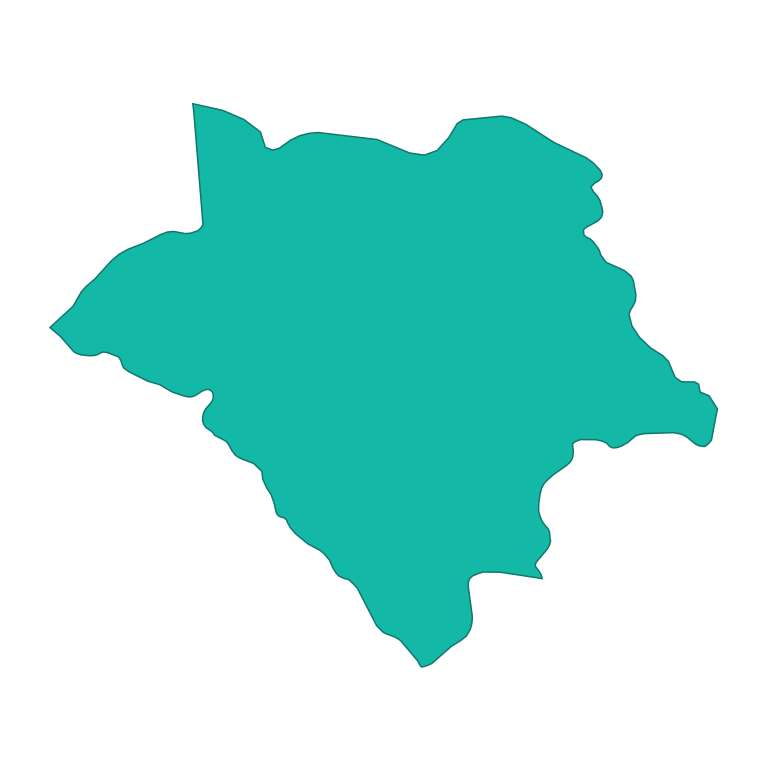 SVG path tracing the border of Kasungu, rotated 89°
{"feature_id": "MWI-1899", "entity_name": "Kasungu", "entity_type": "District", "adm_level": 1, "iso_a3": "MWI", "parent_name": "Malawi", "parent_adm1": "", "projection": "orthographic", "projection_center": [33.477, -13.001], "detail": "fine", "context": "isolated", "style": "filled", "palette": "teal", "viewbox_px": 768, "rotation_deg": 89, "n_neighbors": 0, "source": "natural_earth", "source_scale": "10m", "svg_char_len": 3125}
<svg xmlns="http://www.w3.org/2000/svg" viewBox="0 0 768 768"><g transform="rotate(89 384 384)"><path d="M318.7,137.8L330.2,135.1L342.0,127.6L352.6,116.8L360.7,104.6L366.6,99.1L382.4,92.8L387.0,86.5L387.4,73.4L389.7,69.4L397.6,68.0L401.4,59.2L414.9,51.0L422.6,52.8L445.9,57.6L449.3,60.6L452.1,64.3L451.8,67.6L451.0,70.6L449.7,73.2L448.1,75.4L443.0,81.2L441.5,83.4L440.1,85.9L439.1,88.7L437.7,95.1L438.1,123.8L439.0,129.4L440.2,133.3L446.8,141.4L450.4,148.0L451.7,152.5L451.9,156.2L450.8,158.7L449.1,160.6L447.1,162.2L445.0,166.5L443.4,173.0L443.0,188.3L444.9,194.0L447.4,196.6L453.6,195.9L456.9,196.1L460.2,196.6L463.0,197.6L465.2,199.2L468.7,203.0L477.8,216.5L483.4,222.9L486.0,225.3L488.8,227.1L491.3,228.3L497.2,230.0L504.0,231.1L511.0,231.6L514.3,231.5L517.1,230.8L522.5,229.0L524.8,227.8L529.0,224.8L530.8,223.1L532.8,221.9L535.2,221.0L541.3,220.7L543.9,220.2L547.7,221.3L552.0,223.7L563.4,233.7L566.5,235.8L568.9,235.8L570.8,234.5L572.8,232.9L577.0,230.4L581.3,229.2L574.2,271.1L573.7,287.7L575.1,293.0L577.4,298.7L580.0,301.7L583.6,303.1L588.0,303.3L617.4,299.8L621.5,299.9L626.1,300.6L631.0,302.1L637.4,306.0L641.9,311.9L647.2,320.9L664.4,341.2L667.0,348.0L667.6,350.9L666.7,352.5L661.5,355.1L641.1,371.7L639.5,373.7L637.2,377.5L633.4,387.1L632.1,389.3L625.5,395.6L587.9,414.1L583.8,417.6L578.9,422.8L577.9,426.8L575.2,432.5L571.9,435.4L567.0,438.3L559.3,441.5L552.4,447.0L549.2,450.9L542.6,462.8L532.3,474.9L526.5,479.8L521.5,482.6L517.7,484.1L515.9,486.8L514.7,490.7L512.8,492.9L510.3,494.1L501.7,495.8L492.9,498.7L485.3,503.3L477.0,506.9L469.2,507.6L461.1,515.8L456.5,527.4L454.5,531.2L452.5,533.9L447.9,537.2L440.4,541.2L438.2,543.3L432.5,553.9L428.3,557.2L424.5,562.8L421.2,564.9L418.0,566.0L414.8,565.9L411.8,565.4L409.3,564.6L407.6,563.8L405.9,562.8L402.2,559.6L400.4,557.8L398.0,556.1L395.0,554.9L390.4,555.1L387.9,556.7L386.4,559.1L386.4,562.0L387.3,564.5L388.5,566.9L391.3,571.3L392.5,573.7L393.4,576.3L393.5,579.2L393.0,582.3L389.0,594.2L387.3,597.7L380.8,608.1L377.1,620.0L367.5,638.5L363.3,644.1L360.4,645.3L355.6,646.8L352.2,649.0L347.7,660.2L347.1,664.1L348.0,667.0L349.3,669.2L350.4,672.8L350.6,677.7L349.6,686.5L348.0,690.9L346.1,693.8L330.9,706.6L321.7,717.0L300.8,693.5L286.5,685.0L281.3,680.1L274.1,671.4L255.7,654.1L249.5,646.3L244.8,637.5L239.3,622.5L230.7,604.7L228.3,598.0L227.8,591.5L230.1,580.5L229.9,575.0L227.4,567.2L224.3,563.9L221.4,562.2L107.5,569.5L100.4,570.3L107.7,540.2L117.1,519.5L129.9,503.1L145.4,498.5L148.2,491.1L146.6,484.9L138.3,472.7L134.2,463.7L132.1,454.8L131.4,445.6L139.4,386.8L153.5,354.3L155.9,339.6L151.4,326.7L138.7,314.9L124.7,306.1L121.3,300.3L118.2,261.4L120.0,252.1L126.9,237.6L145.6,209.6L161.4,177.8L166.9,170.6L174.2,164.0L178.4,162.2L182.0,163.0L184.8,166.0L187.0,170.1L190.7,173.6L195.2,171.4L199.9,167.4L204.0,165.0L212.2,162.8L216.1,162.3L221.1,163.7L224.7,167.4L230.9,179.1L233.1,181.8L238.4,181.6L240.8,178.9L242.5,175.3L245.6,172.2L248.3,170.4L250.6,168.5L253.7,166.6L258.9,164.9L266.2,159.8L274.8,141.6L280.7,134.8L284.9,132.9L298.7,130.6L305.2,131.1L310.2,133.6L314.6,136.4L318.7,137.8Z" fill="#14b8a6" stroke="#0f766e" stroke-width="1.5"/></g></svg>